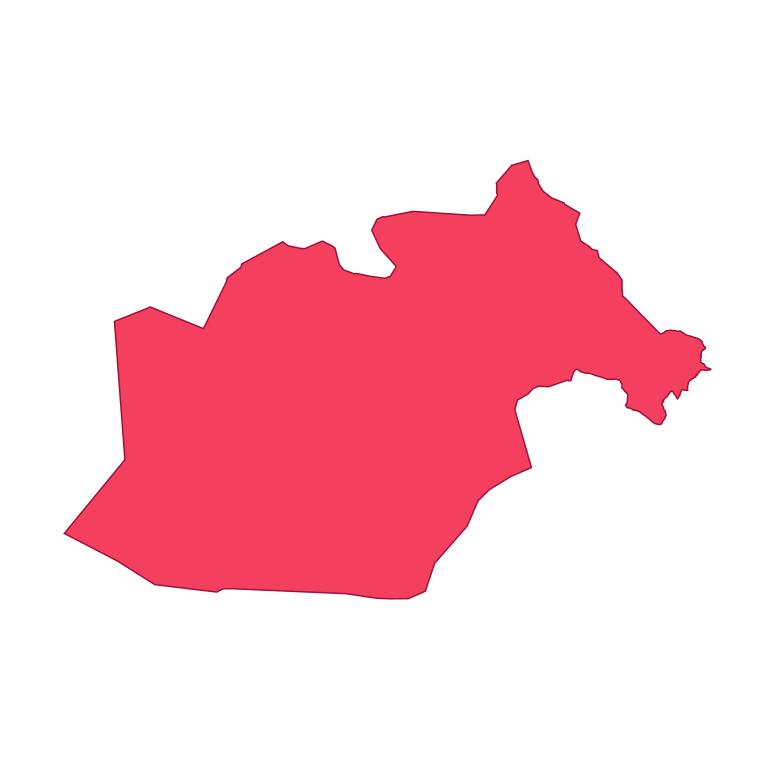 outline of Atiba, Oyo, Nigeria, rotated 267°
{"feature_id": "59680162B537197556674", "entity_name": "Atiba", "entity_type": "district", "adm_level": 2, "iso_a3": "NGA", "parent_name": "Nigeria", "parent_adm1": "Oyo", "projection": "natural_earth1", "projection_center": [3.938, 8.041], "detail": "fine", "context": "isolated", "style": "filled", "palette": "rose", "viewbox_px": 768, "rotation_deg": 267, "n_neighbors": 0, "source": "geoboundaries", "source_scale": "gbopen_adm2", "svg_char_len": 5798}
<svg xmlns="http://www.w3.org/2000/svg" viewBox="0 0 768 768"><g transform="rotate(267 384 384)"><path d="M185.0,206.0L187.3,211.1L187.9,213.8L187.5,222.0L176.6,335.0L170.6,364.7L170.0,369.7L169.2,378.7L168.4,397.0L174.9,414.4L202.4,425.2L237.6,459.5L262.4,471.8L273.0,483.6L284.1,504.2L284.7,505.1L292.9,526.9L351.3,513.3L358.5,515.6L360.9,516.3L366.4,527.2L371.5,532.4L373.7,538.3L372.7,548.3L378.1,566.8L377.3,570.6L381.2,572.0L382.7,572.8L385.6,573.7L386.7,574.6L388.5,576.3L388.5,578.0L386.4,580.5L385.2,583.0L384.2,586.2L383.9,589.9L382.8,592.8L381.6,595.1L380.5,598.6L379.0,602.7L377.7,605.3L377.6,606.2L377.1,607.1L376.7,610.6L376.8,615.2L376.0,617.8L375.8,618.1L375.6,619.7L374.3,620.4L372.7,620.8L371.8,621.3L370.6,621.7L369.6,621.7L368.6,621.4L367.6,621.2L366.6,622.7L365.8,623.1L365.0,623.3L364.2,623.9L363.7,624.5L362.5,625.7L361.4,626.5L360.4,627.0L358.4,626.5L357.1,626.5L353.4,625.9L352.1,625.7L351.6,625.4L351.2,625.2L350.4,624.1L350.2,624.1L348.4,625.0L347.8,625.6L347.2,626.9L347.1,628.1L346.5,629.5L345.7,630.7L344.6,632.1L344.6,633.4L344.4,634.4L343.9,635.3L343.6,636.6L342.7,638.2L341.9,638.8L340.7,640.3L339.3,641.9L338.0,643.9L336.0,645.8L335.7,646.5L335.1,647.3L332.9,649.0L330.7,651.8L329.8,653.8L329.0,657.4L329.1,658.0L329.7,659.0L330.7,659.7L332.6,660.7L333.7,661.6L334.7,662.6L335.6,663.0L336.3,663.1L336.8,663.4L337.8,664.0L338.4,664.0L339.3,663.8L340.5,663.7L341.9,663.5L342.9,662.9L343.6,662.3L344.5,662.1L345.1,661.8L345.5,661.9L346.1,661.8L346.7,661.7L347.0,661.5L347.6,661.0L348.3,660.9L349.0,660.3L349.3,660.2L349.8,660.3L350.1,660.4L350.3,660.7L350.5,661.0L350.7,661.3L350.9,661.4L351.0,661.4L351.2,661.2L351.3,661.2L351.3,661.4L351.4,661.5L351.5,661.6L351.6,661.8L351.8,661.6L352.0,661.6L352.1,661.8L352.0,662.2L352.2,662.4L352.4,662.3L352.6,662.2L352.7,661.8L353.0,661.5L353.2,661.8L353.6,662.5L354.7,663.4L355.2,663.9L356.4,665.9L357.3,666.8L357.9,667.2L358.3,667.3L358.5,667.4L359.1,668.0L360.4,669.0L361.0,669.5L361.6,669.6L361.7,670.1L361.6,670.5L361.6,671.3L361.5,671.9L361.5,672.1L361.4,672.2L359.6,672.8L359.2,673.0L358.5,673.5L357.6,674.3L357.0,674.7L355.6,675.2L354.4,675.9L353.8,676.2L353.8,676.3L353.9,676.5L354.0,676.6L354.4,677.1L355.2,677.5L355.7,677.6L355.9,677.7L356.3,677.9L356.9,678.5L357.5,679.0L357.8,679.1L358.2,679.0L358.4,679.1L358.8,679.3L359.0,679.4L359.2,679.6L359.8,679.6L360.7,680.0L360.9,680.2L362.1,680.7L362.4,680.8L362.4,681.3L362.5,681.8L362.4,683.1L362.1,684.4L362.0,685.9L361.8,686.2L361.8,686.6L361.8,686.9L362.0,686.9L362.5,686.9L363.0,686.8L363.3,686.9L363.7,686.8L363.8,686.8L364.0,686.9L364.4,687.1L364.8,687.0L365.0,686.9L365.9,686.9L367.7,687.7L368.4,687.9L369.2,687.7L369.5,687.9L369.8,688.2L370.3,688.6L371.1,689.1L371.5,689.4L371.7,689.9L371.9,690.4L372.0,690.7L372.1,691.1L372.7,691.7L372.9,691.9L373.1,691.9L373.2,692.4L373.5,692.7L373.6,692.9L373.6,693.2L373.8,693.6L374.1,693.9L374.5,694.3L374.6,694.9L374.6,695.3L374.7,695.5L374.8,695.6L375.4,695.8L375.6,695.9L376.0,696.2L376.3,696.6L376.4,697.0L376.6,697.0L376.8,696.9L377.0,696.9L377.1,696.6L377.3,696.4L377.5,696.4L377.7,696.7L377.8,697.0L377.8,697.4L377.7,697.9L377.8,698.1L378.5,698.7L378.7,698.8L378.8,698.9L379.1,699.1L379.3,699.1L379.7,699.3L379.9,699.5L380.1,699.9L380.6,700.4L380.9,700.6L381.1,700.8L381.3,701.2L381.4,701.7L381.4,702.5L381.2,704.2L381.0,704.8L381.0,705.0L380.9,705.5L381.0,705.7L381.0,705.9L380.9,706.1L380.7,706.3L380.6,706.5L380.7,707.3L380.8,707.7L381.0,708.1L380.9,709.1L381.0,710.0L381.3,710.6L381.5,710.8L381.7,711.1L382.4,710.0L382.5,709.6L382.6,709.1L383.2,707.6L383.4,707.1L383.8,706.6L384.4,706.1L385.0,705.7L386.8,704.8L387.2,704.5L387.4,704.2L387.7,703.6L388.4,702.5L388.7,702.1L389.2,701.2L389.9,701.3L390.1,701.4L390.3,701.5L390.8,701.7L391.2,701.7L391.4,701.6L391.5,701.7L391.9,701.4L392.4,701.5L392.7,701.5L392.8,701.6L392.9,701.8L393.2,701.9L394.2,702.2L394.4,702.1L395.0,702.2L395.3,702.2L395.6,702.2L395.8,701.9L395.9,702.0L396.1,702.0L396.6,701.6L396.9,702.0L397.0,702.2L397.3,702.2L397.5,702.4L397.7,702.2L398.0,702.4L398.7,702.4L399.1,702.7L399.5,702.8L399.8,703.0L400.2,703.2L400.4,703.5L400.7,703.7L400.6,703.9L400.7,704.0L400.8,704.1L401.4,704.4L401.4,704.7L401.6,704.8L401.9,705.3L402.1,705.9L402.1,706.2L402.2,706.4L402.3,706.7L402.5,706.9L402.8,706.9L403.0,706.9L403.3,706.9L403.5,706.8L403.7,706.7L403.9,706.5L404.2,706.5L404.3,706.3L404.5,706.3L404.5,706.1L404.5,705.9L404.7,705.7L404.8,705.7L405.1,705.2L405.3,705.2L405.6,705.1L405.8,705.1L406.2,704.8L406.4,704.4L406.6,704.5L407.0,704.6L407.4,704.4L407.9,703.9L408.7,703.8L409.2,703.9L409.6,703.9L410.0,703.7L410.5,703.0L411.0,702.5L411.3,702.4L412.0,701.6L413.0,699.7L415.3,693.8L415.9,692.0L416.6,689.8L417.8,687.3L419.2,685.9L420.0,684.6L420.7,683.3L421.6,682.3L421.3,681.3L421.4,679.5L422.1,677.5L422.2,675.5L422.7,672.7L422.3,668.7L421.6,667.4L420.6,666.0L419.8,664.1L419.6,662.4L421.7,660.6L425.2,657.3L427.7,655.3L430.5,652.8L432.8,650.7L436.2,647.7L437.8,646.3L440.3,643.9L442.6,642.0L453.2,632.8L456.5,629.8L459.3,626.9L466.9,626.7L475.4,627.1L482.5,622.8L498.9,605.4L506.0,604.0L507.6,598.8L510.0,596.7L516.6,587.9L533.5,583.8L544.3,588.5L553.9,573.9L555.3,573.3L561.1,561.1L568.4,552.7L576.0,548.7L579.6,548.4L583.2,545.2L587.3,543.3L599.6,539.5L595.7,523.0L578.7,506.7L575.5,507.1L574.9,506.8L568.8,506.5L566.4,507.3L547.6,493.5L548.0,479.3L554.9,421.9L550.8,393.6L551.1,391.4L548.9,385.6L538.2,379.8L519.5,387.3L501.0,402.1L499.8,401.9L491.2,395.9L489.5,390.4L492.4,375.4L495.7,363.0L495.7,359.8L496.1,358.8L499.9,349.9L505.7,345.6L522.2,342.2L524.0,340.3L529.5,330.8L529.9,329.7L523.3,312.0L523.9,307.2L527.0,295.6L531.3,290.3L511.3,248.2L507.9,247.1L498.3,233.0L494.4,232.0L448.7,206.6L473.1,154.7L460.6,118.1L321.9,121.3L251.5,56.9L221.1,108.6L195.6,144.7L185.0,206.0Z" fill="#f43f5e" stroke="#9f1239" stroke-width="1.5"/></g></svg>